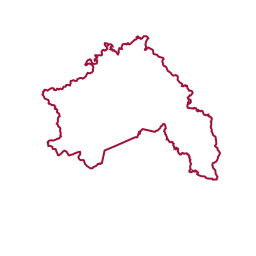 Falan, Tolima, Colombia (orthographic projection), rotated 243°
{"feature_id": "7082276B64304249880485", "entity_name": "Falan", "entity_type": "district", "adm_level": 2, "iso_a3": "COL", "parent_name": "Colombia", "parent_adm1": "Tolima", "projection": "orthographic", "projection_center": [-74.943, 5.091], "detail": "fine", "context": "isolated", "style": "outline", "palette": "rose", "viewbox_px": 256, "rotation_deg": 243, "n_neighbors": 0, "source": "geoboundaries", "source_scale": "gbopen_adm2", "svg_char_len": 5920}
<svg xmlns="http://www.w3.org/2000/svg" viewBox="0 0 256 256"><g transform="rotate(243 128 128)"><path d="M95.5,204.9L96.0,204.6L97.2,206.2L98.9,207.1L99.8,206.9L100.1,206.3L101.6,206.0L101.9,205.1L102.5,205.0L103.5,205.6L103.8,203.7L105.3,201.9L106.5,201.7L109.1,202.1L110.0,201.3L110.0,200.2L111.1,199.5L111.0,197.9L111.5,197.7L112.3,198.2L112.5,197.2L113.9,197.6L114.7,197.5L115.0,196.9L115.6,196.6L115.3,195.6L115.6,195.1L116.2,194.9L116.2,194.1L117.8,192.0L118.1,191.1L119.2,190.4L119.9,190.8L120.5,190.7L121.6,191.5L122.0,193.2L122.4,193.2L122.7,192.6L123.7,193.1L123.7,193.6L123.0,193.7L122.1,194.8L122.6,195.9L123.4,195.8L124.3,196.5L125.4,196.0L125.2,195.3L125.6,194.8L128.1,195.1L128.2,196.3L129.1,197.8L128.5,198.4L129.6,201.1L130.1,201.6L131.9,201.6L132.6,201.1L133.5,199.3L134.5,199.5L136.5,199.1L138.7,199.7L139.1,198.6L139.9,198.7L140.2,198.4L140.3,197.6L140.0,196.3L140.9,195.0L142.0,196.0L142.7,196.3L145.2,194.7L148.5,194.1L150.3,195.3L151.8,195.7L153.4,194.6L154.0,192.4L154.4,192.0L155.5,191.4L157.8,191.1L160.9,189.4L165.1,189.7L165.8,189.4L166.7,188.3L168.6,188.0L170.3,188.6L171.7,188.7L172.7,189.7L173.2,191.0L174.5,191.1L177.4,187.9L178.5,187.4L179.9,187.3L182.2,184.5L182.7,184.4L183.8,184.9L186.5,185.5L188.3,184.1L190.2,183.0L190.5,182.1L189.6,179.2L189.9,178.6L190.4,178.7L191.0,180.1L192.4,181.1L194.0,181.2L196.8,183.3L197.9,184.8L198.8,186.9L201.3,186.2L202.6,183.7L201.5,181.4L201.5,180.0L202.8,179.7L202.9,178.9L203.4,178.3L204.7,178.7L205.2,178.0L205.0,176.8L203.6,176.3L203.2,175.7L203.5,173.8L201.9,168.4L201.9,167.1L202.5,166.5L203.6,166.5L203.7,165.9L203.1,165.2L203.0,164.7L204.2,163.8L205.0,161.3L203.0,159.0L202.4,158.6L201.2,158.5L201.4,157.8L203.0,156.7L203.0,156.4L201.3,154.8L199.5,154.1L198.1,152.4L198.4,152.2L200.8,152.1L201.6,151.9L202.6,150.8L203.5,151.0L203.8,150.6L203.9,149.4L204.3,149.2L205.0,149.5L206.2,148.0L206.6,149.4L207.7,149.1L208.2,149.9L208.3,150.6L207.7,151.4L208.3,151.5L209.3,151.2L210.4,150.7L211.0,149.4L211.2,148.9L210.7,147.8L211.1,147.7L212.0,148.2L212.4,148.1L212.9,147.7L214.1,145.9L213.7,145.4L212.3,145.1L210.3,145.7L208.4,145.7L207.7,144.8L207.5,144.0L207.9,143.4L207.5,142.4L208.8,141.6L208.8,140.4L208.0,139.1L205.3,138.3L204.7,137.5L206.3,134.6L206.5,133.6L207.5,132.5L207.6,131.8L206.5,131.7L204.9,132.7L204.5,132.2L204.3,129.4L203.0,129.0L202.8,130.5L202.3,131.1L201.2,130.7L199.7,129.4L200.4,127.0L201.5,125.7L202.4,125.5L205.6,125.8L206.1,125.7L206.4,125.2L206.6,123.3L206.2,122.1L205.5,120.9L204.4,120.0L204.1,118.8L203.3,118.8L202.8,119.4L203.4,121.4L202.9,123.0L202.1,123.7L199.3,124.9L197.9,124.8L196.7,123.7L194.8,122.8L194.0,121.4L193.9,119.0L195.4,117.2L194.8,116.0L193.0,113.6L192.5,110.3L192.6,109.9L193.4,109.6L194.3,108.1L194.5,105.3L193.3,103.7L194.2,101.9L195.4,101.1L195.5,99.5L195.9,98.4L195.5,97.8L193.7,97.1L192.3,95.5L193.2,94.7L194.4,92.7L193.2,91.1L194.0,89.5L193.8,89.0L192.6,87.6L192.6,86.8L193.8,85.6L193.7,83.8L194.7,83.4L195.2,82.6L194.4,81.2L194.7,80.3L195.7,79.4L196.8,79.8L198.0,78.6L198.3,76.6L197.8,73.3L199.3,72.2L199.9,70.9L199.8,70.6L199.0,70.0L198.8,68.7L197.9,68.6L196.5,66.9L195.6,67.3L191.8,67.3L189.2,69.7L187.8,69.7L186.2,68.5L185.5,68.6L184.7,69.6L183.8,70.0L182.6,71.1L182.1,72.3L181.3,72.8L180.3,72.4L179.7,72.8L178.5,71.6L177.8,71.8L177.4,72.8L176.2,73.1L175.6,73.0L174.8,72.1L174.0,71.9L172.2,73.1L171.3,73.0L170.0,72.3L169.5,72.4L169.2,70.9L167.8,69.6L165.3,68.3L164.1,66.4L163.2,67.0L160.9,66.6L159.8,67.4L158.1,67.4L156.2,66.1L154.3,65.9L153.2,65.3L152.3,64.4L151.0,64.5L149.9,61.4L150.5,60.7L150.4,58.7L150.6,57.7L150.7,55.6L151.5,54.7L152.5,52.5L152.4,51.1L152.0,50.6L151.4,50.5L151.6,49.9L148.1,48.9L147.4,50.6L145.7,51.9L145.3,52.0L143.8,51.5L143.2,51.7L142.3,53.6L141.8,54.0L139.3,53.5L137.3,53.6L135.9,53.2L135.3,53.5L135.1,54.8L135.8,57.8L136.5,59.1L136.7,61.0L135.8,61.9L134.1,62.6L130.9,62.7L130.3,63.1L130.0,65.4L129.5,66.4L129.6,68.7L129.1,72.9L128.5,74.4L127.9,74.4L126.1,73.3L125.4,71.5L124.8,70.8L124.3,70.5L122.2,70.5L120.7,71.3L120.1,73.1L119.2,74.0L117.7,73.6L115.2,73.5L113.0,74.1L110.2,75.6L108.7,76.7L108.3,78.4L109.0,79.5L108.6,82.0L109.6,84.9L109.0,85.5L109.3,86.8L108.5,87.3L108.7,87.8L108.6,88.8L118.6,97.0L117.8,107.3L116.5,130.1L115.5,132.0L116.2,132.6L117.4,134.3L118.0,134.6L117.5,135.8L118.0,136.1L118.1,136.5L118.3,136.6L118.8,135.9L119.3,135.9L119.6,136.2L119.6,138.4L120.3,139.8L120.4,140.6L112.4,150.1L112.8,152.0L112.3,153.2L113.4,156.8L114.6,158.0L114.6,159.5L115.6,161.0L115.4,161.7L114.4,162.4L112.9,162.2L110.5,161.5L110.1,159.9L109.3,159.6L108.6,158.6L106.9,159.0L105.7,158.4L104.5,158.8L103.9,158.5L102.7,158.6L100.9,158.1L100.3,157.4L99.7,158.4L97.0,158.6L96.1,159.1L95.9,160.5L95.1,161.3L94.1,160.9L93.2,161.6L92.0,160.4L90.6,160.6L89.9,160.3L88.9,160.5L88.5,160.2L88.7,161.9L88.1,162.1L87.6,161.2L87.3,161.1L87.0,162.2L87.4,162.8L87.0,163.1L86.6,163.1L86.0,162.3L85.0,162.4L84.4,161.8L82.8,161.7L81.7,162.2L81.1,162.1L80.4,163.2L81.1,164.7L81.0,165.3L79.6,166.2L79.5,167.1L78.6,169.0L77.4,168.9L77.1,169.7L76.5,169.9L75.4,169.6L74.5,169.9L73.8,169.1L73.3,169.2L72.5,169.0L71.8,169.2L71.7,168.8L71.0,168.7L70.9,168.2L69.8,168.2L68.8,167.8L67.6,168.0L66.1,166.4L64.3,165.3L62.9,165.2L62.3,163.6L61.6,163.0L61.1,162.9L60.5,163.4L59.8,164.6L60.2,165.4L59.8,166.2L60.4,166.4L59.8,166.9L59.7,167.7L59.1,167.9L59.5,168.3L59.5,168.9L58.8,169.2L58.4,169.6L57.1,169.7L56.5,170.3L56.2,170.1L56.2,169.2L55.3,168.6L53.3,170.0L51.6,171.7L50.0,174.3L49.2,174.8L48.2,174.8L46.9,175.9L44.5,180.1L43.5,180.2L41.9,183.6L42.3,183.8L43.7,185.5L47.5,185.3L50.6,186.6L54.2,185.6L55.2,186.2L56.5,186.2L57.5,186.8L58.2,187.9L57.9,189.1L58.1,191.5L59.3,193.4L61.7,195.5L62.2,196.7L63.8,198.6L64.9,198.4L65.8,198.6L67.7,197.9L69.6,198.6L72.1,197.3L72.8,197.6L73.4,199.2L74.0,199.6L77.3,201.0L78.1,201.0L79.7,201.9L81.1,201.7L81.9,201.1L83.5,200.6L86.2,201.1L87.2,200.9L88.6,201.9L91.3,202.1L93.8,204.1L95.5,204.9Z" fill="none" stroke="#9f1239" stroke-width="2"/></g></svg>